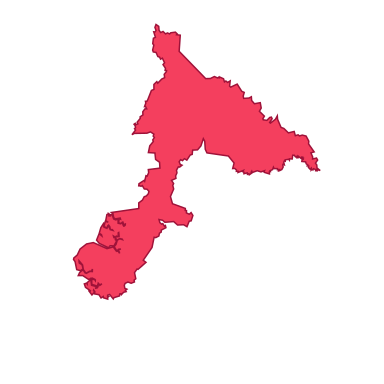 Santiago, Veraguas, Panama, rotated 26°
{"feature_id": "35544464B94939099957222", "entity_name": "Santiago", "entity_type": "district", "adm_level": 2, "iso_a3": "PAN", "parent_name": "Panama", "parent_adm1": "Veraguas", "projection": "robinson", "projection_center": [-80.96, 7.991], "detail": "fine", "context": "isolated", "style": "filled", "palette": "rose", "viewbox_px": 384, "rotation_deg": 26, "n_neighbors": 0, "source": "geoboundaries", "source_scale": "gbopen_adm2", "svg_char_len": 6067}
<svg xmlns="http://www.w3.org/2000/svg" viewBox="0 0 384 384"><g transform="rotate(26 192 192)"><path d="M274.7,95.1L270.0,91.7L266.2,92.5L264.0,94.5L262.3,94.1L260.2,96.1L257.3,92.8L252.7,96.6L246.7,94.6L243.7,94.9L237.0,89.1L235.3,86.2L235.1,90.1L232.3,95.7L231.3,95.5L231.9,91.0L230.5,89.9L229.2,90.9L227.9,94.8L224.4,95.9L223.6,95.1L223.8,92.1L217.2,89.9L217.4,86.2L214.2,81.8L209.4,85.3L205.5,83.6L203.6,80.4L202.0,82.6L197.4,85.2L196.0,83.4L195.3,79.6L192.6,79.7L185.3,75.2L180.8,80.8L179.4,80.4L177.6,75.4L176.0,77.9L173.8,77.4L172.9,78.8L170.7,76.4L167.0,76.5L166.5,77.4L165.9,76.7L165.0,78.3L161.5,78.4L158.8,81.9L154.6,84.1L118.8,71.2L112.7,56.2L109.2,57.4L109.4,56.4L107.0,55.6L103.1,58.2L102.6,59.7L100.2,59.8L98.9,61.5L95.6,60.4L94.0,62.4L91.5,61.1L89.5,57.7L86.2,57.2L86.5,60.3L88.9,62.6L88.5,64.5L87.4,64.8L91.3,69.0L89.9,70.7L91.7,75.9L93.3,76.7L94.4,81.7L95.8,83.1L98.5,82.3L101.9,85.2L103.8,85.0L105.5,86.4L106.7,84.7L110.7,87.9L110.1,90.2L113.9,92.4L114.5,94.5L115.9,94.0L116.2,95.1L115.4,98.4L117.3,101.2L115.3,103.7L113.5,109.2L112.0,108.2L110.6,112.0L112.8,116.5L111.0,118.5L111.8,128.6L111.7,130.2L110.4,130.9L111.5,132.3L111.9,136.1L112.8,135.6L114.8,137.1L113.2,138.0L112.6,141.5L114.1,144.2L112.4,147.2L113.2,148.5L112.1,153.3L113.5,154.5L112.0,156.2L110.9,155.2L110.2,156.5L111.8,157.3L113.1,159.0L112.6,160.3L114.1,161.1L112.9,166.8L114.5,164.6L125.7,158.9L128.3,156.2L132.4,156.7L132.6,158.8L134.3,159.5L133.9,162.4L135.1,163.5L133.8,169.0L135.5,175.7L141.6,173.2L145.0,178.7L149.8,179.5L152.7,184.6L142.9,191.0L144.6,193.7L144.7,197.4L143.5,197.5L144.7,203.0L143.9,202.5L140.7,207.7L141.6,210.4L141.7,209.3L143.7,209.2L144.5,208.0L147.8,210.2L150.3,209.2L153.0,210.3L153.5,212.7L152.7,215.6L151.1,217.2L151.0,221.0L148.9,225.1L151.4,230.2L128.6,245.7L130.4,246.0L132.8,249.3L134.8,249.8L138.9,246.9L139.7,247.8L138.3,248.0L139.5,251.9L142.0,251.4L142.6,249.6L143.1,249.3L145.7,252.2L145.5,251.4L146.3,251.0L145.9,250.2L146.1,250.0L146.5,250.9L146.2,252.1L145.6,252.6L144.4,251.8L142.9,249.9L141.9,251.8L139.3,252.5L137.4,248.7L135.7,250.5L133.4,250.6L129.9,247.2L129.0,247.9L129.4,249.9L128.7,248.3L126.5,248.0L128.4,250.5L126.3,248.2L125.4,249.6L127.0,255.6L130.0,255.9L126.9,256.4L128.0,261.6L131.4,261.6L131.1,259.1L131.4,258.6L131.8,258.4L133.3,259.2L135.2,261.6L136.9,260.7L137.8,261.2L135.0,261.7L131.6,258.7L131.5,262.0L128.3,262.2L127.3,261.3L127.3,259.0L126.3,258.7L125.7,264.0L126.7,269.7L129.3,270.0L130.2,271.0L126.8,270.2L127.3,277.1L131.1,278.8L140.7,278.7L142.2,277.5L141.9,276.2L145.5,274.6L145.7,268.9L144.0,268.5L143.0,266.4L141.8,267.2L140.7,266.0L142.7,266.2L143.5,264.7L145.6,264.1L144.1,262.2L143.6,260.9L143.9,260.5L145.9,263.7L145.1,264.7L143.3,265.2L143.6,267.1L145.8,267.9L147.5,265.5L149.8,264.9L150.4,265.3L147.5,265.8L146.0,268.0L146.7,272.5L146.0,275.2L150.4,278.0L151.0,275.7L153.0,274.4L151.0,276.9L152.9,277.7L153.8,278.9L151.7,277.6L149.9,278.3L145.3,275.9L140.4,280.2L125.5,280.7L120.0,284.9L116.4,292.3L116.5,298.9L114.7,303.1L115.1,304.6L117.4,305.8L122.4,312.3L126.2,311.6L127.8,308.9L125.3,305.8L122.6,305.2L121.6,305.9L122.4,304.9L121.2,304.5L120.6,303.3L125.6,305.5L128.4,309.4L131.8,311.2L132.7,311.0L134.7,308.1L136.3,307.2L136.3,304.9L137.3,307.2L135.0,308.2L132.7,311.4L131.3,311.6L128.8,310.0L127.7,310.4L126.3,313.7L126.4,317.0L130.4,315.0L137.2,315.9L139.0,314.3L138.7,313.2L139.4,314.4L140.1,313.1L143.0,313.1L143.6,313.3L143.9,314.0L142.7,313.3L140.2,314.6L142.4,318.9L147.3,318.2L148.6,318.9L147.8,316.2L147.9,315.1L150.0,316.0L150.8,314.5L151.3,314.1L150.1,316.4L147.9,315.4L149.1,318.4L148.2,320.3L147.0,321.1L148.2,319.7L147.7,318.9L142.6,319.9L139.4,315.0L137.5,319.4L138.2,320.7L137.1,320.2L135.5,321.8L138.1,324.4L144.0,325.3L144.0,326.4L142.1,325.8L147.2,328.4L148.3,324.5L146.7,323.8L146.6,323.2L148.4,324.2L149.1,326.3L153.4,325.1L156.7,327.1L158.0,324.8L158.9,325.9L163.2,325.2L162.4,323.7L162.9,322.5L161.9,322.9L161.4,321.7L162.9,320.2L168.1,322.6L168.1,321.2L172.4,317.2L171.7,315.3L172.7,314.6L173.5,315.3L174.5,312.1L176.5,310.4L175.2,309.6L176.1,307.9L173.8,308.0L172.1,305.6L171.9,303.5L173.9,301.0L177.3,300.7L179.7,298.1L178.6,296.6L179.5,294.6L175.7,289.7L176.4,285.3L177.4,285.2L181.5,275.4L178.1,274.7L180.4,259.4L177.8,249.3L179.4,248.9L181.5,246.1L180.8,243.3L181.9,241.5L181.1,239.7L184.2,235.5L182.8,233.8L182.2,234.8L179.6,233.2L178.8,234.2L176.5,233.6L174.4,231.2L178.0,230.3L180.9,231.1L188.5,226.6L193.5,228.0L198.8,225.1L202.7,225.4L202.3,219.5L203.9,218.3L203.1,212.7L200.2,210.9L199.3,213.2L196.1,213.2L195.2,211.1L194.0,211.5L193.2,209.7L179.6,211.1L174.6,205.5L174.2,197.3L171.8,194.5L171.8,192.5L168.5,190.5L171.6,186.8L170.2,184.7L170.1,181.4L168.5,179.2L168.7,175.4L170.0,175.0L171.3,172.3L169.4,172.4L167.2,170.5L167.6,167.9L169.7,168.0L170.6,165.4L173.4,165.6L174.2,159.5L175.7,158.1L174.2,154.1L178.5,151.7L179.8,146.7L178.8,139.1L181.2,140.8L185.2,147.8L188.3,150.3L208.9,143.7L217.1,147.5L218.3,153.1L220.0,152.1L222.3,152.7L222.8,154.0L224.4,153.2L224.8,154.3L228.7,150.1L228.6,151.5L229.9,151.4L230.7,152.8L233.2,150.6L234.1,151.8L235.0,150.7L235.9,151.5L237.5,148.6L236.5,148.3L236.6,147.1L237.6,148.1L241.3,144.3L245.2,143.7L247.8,141.1L247.8,142.4L248.8,142.6L253.7,141.8L252.7,140.0L253.6,139.3L252.8,138.6L254.6,136.6L254.3,134.0L255.6,135.0L258.6,133.5L259.1,134.6L260.6,133.6L260.7,135.0L261.4,134.4L262.9,132.4L263.0,129.6L261.7,127.9L261.7,127.1L263.1,127.1L261.4,125.0L261.4,123.4L262.3,123.4L261.7,122.2L264.6,120.2L265.6,120.7L265.1,119.4L267.6,118.4L266.4,114.8L267.8,114.1L269.6,115.1L270.5,114.1L271.3,115.3L272.4,114.6L271.7,113.2L275.6,114.1L276.4,113.2L275.6,113.4L275.2,112.6L276.4,112.1L277.5,113.6L276.6,113.7L277.3,116.4L280.9,115.1L282.3,116.6L284.2,116.9L284.1,118.0L285.5,117.5L285.9,118.9L288.1,119.7L288.7,118.3L289.5,120.1L289.9,119.0L291.0,119.2L291.0,117.8L293.2,117.6L293.8,118.7L295.2,118.1L294.6,117.0L297.8,116.5L293.8,115.6L292.3,113.0L290.3,111.9L290.9,108.2L289.0,106.9L285.9,109.5L285.1,107.6L281.7,104.7L284.2,102.4L275.7,97.7L274.7,95.1Z" fill="#f43f5e" stroke="#9f1239" stroke-width="1.5"/></g></svg>